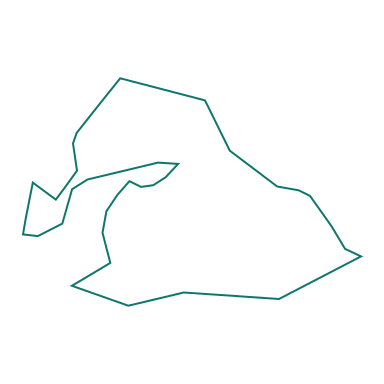 SVG path tracing the border of Halton
{"feature_id": "GBR-5708", "entity_name": "Halton", "entity_type": "Unitary Authority", "adm_level": 1, "iso_a3": "GBR", "parent_name": "United Kingdom", "parent_adm1": "", "projection": "albers", "projection_center": [-2.723, 53.34], "detail": "fine", "context": "isolated", "style": "outline", "palette": "teal", "viewbox_px": 384, "rotation_deg": 0, "n_neighbors": 0, "source": "natural_earth", "source_scale": "10m", "svg_char_len": 556}
<svg xmlns="http://www.w3.org/2000/svg" viewBox="0 0 384 384"><path d="M71.9,285.8L110.3,262.9L102.5,232.8L106.4,211.3L117.3,195.0L129.4,181.2L141.1,186.9L153.3,185.2L165.7,177.2L178.1,163.9L158.0,162.6L87.5,179.5L72.1,189.2L62.3,223.6L37.8,236.1L23.0,234.4L25.7,218.7L32.8,182.6L55.8,199.6L64.8,187.6L77.0,170.7L73.0,143.4L76.6,133.0L101.1,102.1L120.2,78.3L205.0,100.4L229.8,150.7L277.2,186.5L298.7,190.3L310.0,195.9L331.5,226.2L345.1,248.9L361.0,256.4L279.0,299.0L183.8,292.5L128.3,305.7L71.9,285.8Z" fill="none" stroke="#0f766e" stroke-width="2"/></svg>